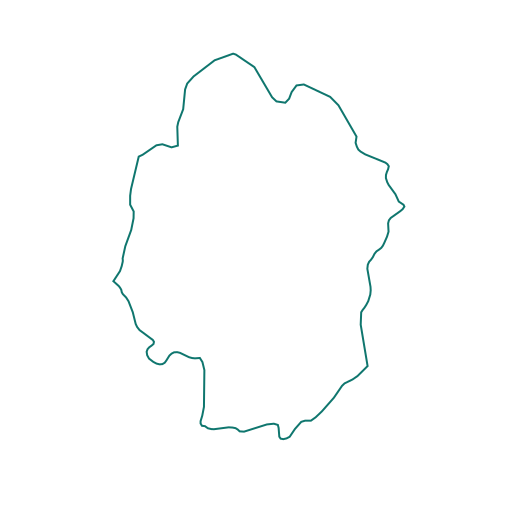 the Metropolitan department of Lozère, rotated 208°
{"feature_id": "FRA-5320", "entity_name": "Lozère", "entity_type": "Metropolitan department", "adm_level": 1, "iso_a3": "FRA", "parent_name": "France", "parent_adm1": "", "projection": "mercator", "projection_center": [3.454, 44.535], "detail": "fine", "context": "isolated", "style": "outline", "palette": "teal", "viewbox_px": 512, "rotation_deg": 208, "n_neighbors": 0, "source": "natural_earth", "source_scale": "10m", "svg_char_len": 2047}
<svg xmlns="http://www.w3.org/2000/svg" viewBox="0 0 512 512"><g transform="rotate(208 256 256)"><path d="M406.2,288.7L403.6,292.2L395.9,307.0L391.1,310.7L381.6,312.3L376.8,316.8L386.2,333.2L387.5,337.7L389.2,351.4L396.8,369.8L397.7,376.0L395.4,385.3L384.4,409.4L371.2,423.9L368.4,424.4L346.1,422.0L316.3,403.7L310.5,402.1L302.1,405.1L300.6,410.4L301.5,417.5L300.3,425.6L294.3,429.9L265.2,431.3L254.0,427.8L223.3,408.6L221.2,402.7L218.3,399.9L215.6,398.0L212.7,397.3L207.3,397.0L185.6,399.2L183.1,398.8L180.9,397.6L180.1,394.6L179.9,391.7L179.3,388.6L177.9,385.8L174.8,382.8L172.2,381.0L161.9,376.0L155.5,371.1L149.8,370.5L148.2,369.3L148.5,366.2L149.6,363.5L154.9,352.9L155.4,349.9L154.7,346.9L150.4,339.7L149.4,334.6L148.9,327.8L148.8,324.7L149.2,322.0L150.4,319.3L151.8,316.7L152.4,313.6L152.3,309.8L152.7,306.7L153.4,304.0L153.2,300.8L151.7,297.0L140.4,282.5L138.6,279.5L137.0,275.6L135.7,268.8L135.7,264.6L136.0,261.1L136.5,258.5L136.7,255.7L131.3,244.5L105.8,211.2L110.0,197.7L112.8,192.3L118.0,185.1L119.1,181.7L120.7,167.4L124.9,149.7L127.6,141.6L130.2,136.4L135.3,133.7L138.2,130.8L140.4,121.6L141.4,112.2L143.4,109.3L145.9,107.1L148.5,106.3L150.6,107.4L155.3,114.8L157.4,117.1L161.5,116.3L167.3,112.4L184.1,95.3L188.1,93.5L190.6,94.2L193.2,94.4L196.2,93.5L199.7,91.9L211.7,83.4L213.9,82.3L217.6,81.3L221.2,81.8L224.0,80.7L226.3,82.1L227.4,84.2L228.5,89.8L231.1,98.3L248.0,131.0L253.5,137.2L257.7,139.6L261.8,137.0L264.5,135.9L267.6,135.2L277.7,134.8L280.4,134.1L283.1,132.5L284.7,130.2L285.7,127.4L286.1,121.6L286.5,118.9L287.9,116.6L290.2,115.1L293.3,114.3L297.0,114.3L302.3,115.2L305.5,117.3L307.6,120.1L308.0,122.8L307.4,125.3L306.1,127.9L305.2,130.2L305.8,132.3L307.6,133.4L324.0,135.9L327.6,137.5L330.3,139.5L338.4,148.5L347.3,156.2L351.2,158.4L355.6,159.8L357.4,160.9L359.2,163.0L361.2,164.2L362.9,165.0L370.1,166.8L369.0,178.8L369.8,183.9L371.0,188.4L371.7,189.9L372.6,191.2L376.0,203.3L378.4,220.4L381.8,231.8L384.9,237.9L391.2,242.2L395.4,250.1L397.8,256.5L406.2,288.7Z" fill="none" stroke="#0f766e" stroke-width="2"/></g></svg>